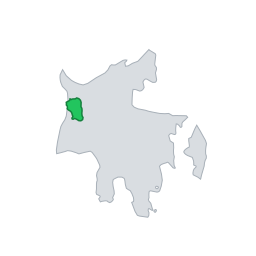 Azerbaijan, with Xizı highlighted, rotated 225°
{"feature_id": "AZE-1719", "entity_name": "Xizı", "entity_type": "District", "adm_level": 1, "iso_a3": "AZE", "parent_name": "Azerbaijan", "parent_adm1": "", "projection": "albers", "projection_center": [49.238, 40.741], "detail": "fine", "context": "in_parent", "style": "filled", "palette": "green", "viewbox_px": 256, "rotation_deg": 225, "n_neighbors": 0, "source": "natural_earth", "source_scale": "10m", "svg_char_len": 3863}
<svg xmlns="http://www.w3.org/2000/svg" viewBox="0 0 256 256"><g transform="rotate(225 128 128)"><path d="M168.7,198.3L167.8,198.2L161.2,199.8L159.9,199.2L154.3,192.1L153.2,191.3L150.8,190.9L149.4,189.7L148.3,187.8L147.6,186.4L141.9,182.4L141.1,181.0L141.0,179.8L141.8,178.7L142.8,177.7L145.7,176.8L148.9,176.0L150.0,175.4L150.5,174.4L150.5,172.8L150.0,171.1L145.3,168.1L144.9,166.9L144.7,165.3L145.0,163.7L145.8,162.4L149.6,160.7L151.7,158.9L150.4,156.9L146.4,152.3L141.6,147.2L138.3,147.1L134.5,148.6L128.5,152.7L125.1,154.5L120.7,157.4L115.9,160.7L112.0,164.2L109.5,167.1L105.1,168.3L102.9,170.7L95.4,177.9L93.4,177.8L93.4,174.1L93.6,171.2L93.2,169.5L90.9,167.1L90.9,166.1L91.5,165.5L93.3,165.9L95.6,165.8L96.8,165.0L94.4,161.9L92.3,159.7L90.5,158.3L90.1,157.5L90.1,156.9L90.5,156.2L93.7,154.6L94.1,153.1L93.9,151.4L89.0,148.7L85.2,149.5L81.9,146.5L79.9,144.2L77.3,141.8L74.9,140.4L72.7,137.3L68.9,134.1L66.3,133.2L66.4,132.7L66.9,132.2L68.0,131.7L75.1,132.1L76.0,131.6L76.4,130.3L77.5,128.4L78.7,125.6L78.7,123.2L71.8,119.1L66.8,115.3L63.4,110.4L61.2,106.0L61.3,104.6L62.1,103.2L67.7,99.5L68.1,98.5L68.0,97.8L66.2,95.7L63.8,93.5L63.1,91.9L61.6,91.1L58.7,90.9L53.7,88.1L52.6,87.8L52.4,87.3L52.6,86.8L56.3,85.9L56.3,85.0L55.3,83.8L53.2,82.9L51.4,80.8L50.9,78.9L57.7,73.8L59.7,72.9L64.0,74.0L72.8,78.0L72.1,79.9L73.0,81.1L75.0,82.7L78.9,84.4L82.2,85.3L83.9,84.7L86.5,84.2L89.8,86.1L92.8,88.4L94.3,89.4L95.1,89.7L97.5,89.0L100.4,86.2L101.6,82.7L102.0,81.1L100.4,78.7L97.1,76.1L93.4,73.7L91.1,71.7L89.6,67.8L88.1,67.3L87.7,66.8L87.5,65.5L87.6,63.7L88.2,62.3L89.8,61.7L91.3,61.6L92.7,60.3L94.6,57.7L95.3,56.2L98.6,57.2L99.0,59.6L99.5,60.1L100.9,59.8L103.2,58.9L104.9,59.7L107.2,62.6L110.3,65.7L112.0,67.7L112.6,69.1L114.2,70.5L116.6,72.1L118.4,74.6L120.0,80.4L121.7,81.7L127.9,84.0L130.1,84.5L136.1,85.4L138.3,84.9L141.5,80.0L144.4,75.0L147.1,73.9L151.8,71.5L154.7,69.3L155.9,66.8L158.6,62.1L160.3,59.4L163.1,61.8L167.9,68.2L174.8,78.7L176.5,81.6L177.6,85.0L178.5,89.2L180.1,92.8L187.2,102.0L190.3,105.4L195.3,109.8L197.1,110.8L199.5,111.0L203.8,111.0L207.8,112.7L209.7,113.9L211.8,115.6L213.6,117.6L215.5,123.0L208.6,121.3L201.6,121.7L197.7,122.8L193.9,124.4L190.2,126.7L188.0,131.1L186.0,141.1L183.2,150.6L183.3,154.9L184.6,159.1L184.4,161.1L183.1,162.0L181.5,163.7L179.3,172.4L178.2,174.1L176.8,175.2L176.4,174.2L176.5,171.9L173.4,169.9L171.8,172.1L170.6,176.9L168.3,181.9L168.2,182.8L168.7,198.3ZM66.6,107.1L66.9,105.8L66.1,105.2L65.2,105.1L64.4,105.7L64.3,107.4L65.4,107.8L66.6,107.1ZM41.9,145.4L40.9,143.9L40.5,143.1L43.6,142.7L48.8,141.0L50.2,142.0L51.6,144.0L52.3,145.6L52.3,148.6L52.9,149.2L55.4,148.3L56.5,149.5L58.4,151.1L61.7,152.7L66.6,150.6L69.0,150.1L71.0,150.2L72.0,151.0L72.3,153.3L71.8,156.2L71.2,157.8L72.2,159.0L76.0,161.9L77.6,163.5L76.7,166.2L79.4,172.8L80.4,175.4L81.4,178.6L75.4,177.1L64.5,174.0L61.5,172.5L58.8,168.8L57.2,166.9L54.8,164.6L52.8,163.6L51.3,162.0L50.5,159.6L49.3,157.5L47.2,154.9L42.5,146.3L41.9,145.4ZM51.0,89.7L50.4,90.1L49.4,89.6L49.1,88.5L49.2,87.5L50.3,87.3L51.1,87.6L51.2,88.6L51.0,89.7Z" fill="#d9dde1" stroke="#a8b0b8" stroke-width="1"/><path d="M184.6,98.6L184.9,99.3L185.6,99.9L187.0,100.8L187.7,100.6L188.3,101.1L188.8,101.8L189.4,102.1L189.8,102.5L189.6,103.4L189.1,104.9L188.9,105.7L188.9,106.1L188.9,106.6L189.0,106.8L189.5,107.4L189.6,107.6L189.4,107.7L188.3,107.9L188.1,108.7L187.4,109.7L186.6,110.5L186.2,111.0L185.8,111.5L185.7,112.3L185.5,113.0L183.5,114.0L181.3,114.0L179.3,113.0L177.6,111.2L176.3,109.8L174.6,109.3L173.2,108.2L172.0,106.9L171.4,106.1L170.7,105.4L169.0,104.1L167.2,103.6L166.0,101.8L166.4,99.8L167.4,98.9L168.4,98.2L169.4,98.2L170.4,97.8L171.5,97.5L172.5,96.9L172.7,96.3L172.9,95.6L173.4,95.1L174.0,94.9L174.7,95.4L174.9,97.0L175.7,97.5L176.6,97.8L177.8,98.6L179.1,99.1L180.6,99.2L182.0,98.8L183.2,98.6L184.5,98.6L184.6,98.6Z" fill="#22c55e" stroke="#15803d" stroke-width="1.5"/></g></svg>